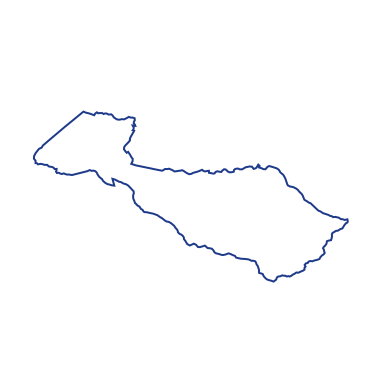 João Lisboa, Maranhão, Brazil, rotated 55°
{"feature_id": "56859067B36370220968900", "entity_name": "João Lisboa", "entity_type": "district", "adm_level": 2, "iso_a3": "BRA", "parent_name": "Brazil", "parent_adm1": "Maranhão", "projection": "mercator", "projection_center": [-47.137, -5.24], "detail": "fine", "context": "isolated", "style": "outline", "palette": "blue", "viewbox_px": 384, "rotation_deg": 55, "n_neighbors": 0, "source": "geoboundaries", "source_scale": "gbopen_adm2", "svg_char_len": 4551}
<svg xmlns="http://www.w3.org/2000/svg" viewBox="0 0 384 384"><g transform="rotate(55 192 192)"><path d="M198.7,147.8L198.0,149.1L197.2,150.1L195.6,151.0L194.2,151.1L192.9,151.5L191.8,152.6L191.8,154.7L192.4,156.5L190.9,158.1L189.5,159.5L189.1,161.2L189.7,162.8L189.2,164.0L188.0,165.1L186.0,167.1L184.3,166.0L183.5,167.4L182.8,169.3L181.4,170.5L179.6,171.0L178.9,174.4L178.1,177.0L177.6,178.3L176.9,180.3L176.8,181.9L175.9,184.0L174.4,184.9L173.0,185.6L171.5,186.2L169.8,186.8L168.4,187.7L168.0,189.0L167.1,190.6L166.3,192.3L165.2,194.5L163.3,195.3L161.4,196.4L159.7,197.5L159.2,198.9L157.7,200.8L157.7,202.7L157.4,204.3L151.8,209.7L149.5,211.8L147.4,213.8L137.9,222.8L134.1,225.6L132.7,223.0L130.7,221.5L129.3,221.7L126.2,221.4L122.5,221.3L122.4,223.0L120.8,223.2L118.0,223.2L116.5,222.0L115.7,220.2L114.9,216.0L114.2,213.3L112.7,212.3L111.6,210.4L110.2,207.5L109.5,205.9L108.7,204.3L107.4,205.1L107.0,203.8L105.7,202.7L103.5,202.5L105.3,200.5L103.7,200.1L102.4,200.4L101.1,199.2L100.4,197.7L98.7,196.7L96.9,198.0L96.1,199.3L94.2,200.8L94.0,203.5L93.5,206.1L92.1,207.6L91.5,209.2L90.8,210.5L89.1,212.1L86.1,213.2L83.4,213.2L82.1,213.6L80.7,215.9L78.6,217.0L77.7,218.4L77.4,219.7L75.8,220.3L74.4,222.3L73.7,223.7L72.2,224.2L72.2,226.1L73.0,228.1L71.7,229.0L69.4,230.6L68.4,231.4L65.9,233.6L63.9,234.8L65.7,258.7L67.7,280.6L68.2,285.4L68.4,287.6L69.4,289.6L68.9,292.6L69.8,295.7L70.6,298.1L71.3,299.4L72.2,301.0L74.1,302.4L76.6,302.2L78.6,303.6L79.4,302.6L81.0,302.3L82.1,299.9L83.7,298.3L85.1,297.3L86.8,295.0L88.8,294.7L90.2,293.4L91.2,292.3L92.6,291.5L94.5,291.3L95.4,289.7L96.5,290.5L97.3,291.7L98.9,291.8L99.7,290.2L101.4,289.3L102.6,288.3L103.2,286.4L105.2,285.1L106.4,284.0L107.0,282.8L108.3,281.6L109.3,280.5L114.9,265.8L115.4,263.2L117.1,262.1L118.0,260.4L119.4,259.3L121.2,258.9L123.7,259.3L126.3,259.3L128.3,258.8L129.8,258.3L131.8,258.5L134.2,258.0L135.9,257.3L137.1,256.7L138.8,255.1L140.5,253.9L142.2,252.0L135.6,249.6L137.6,248.0L139.9,246.8L141.8,245.8L143.3,244.4L145.6,243.4L147.5,241.8L148.8,241.1L150.4,240.5L153.7,240.0L155.5,239.8L157.9,239.4L159.7,240.4L160.4,241.5L161.7,242.7L163.8,243.9L166.7,244.5L168.4,245.0L169.9,244.6L171.8,244.4L173.9,243.4L175.3,243.5L176.6,243.5L178.4,242.7L180.4,242.9L181.6,242.1L182.4,240.9L184.5,239.0L186.1,237.5L188.1,235.7L189.3,235.0L191.0,233.7L193.9,232.7L196.4,231.5L198.3,231.0L199.9,230.5L201.7,229.7L203.0,228.3L204.7,227.4L206.0,226.9L209.5,226.0L211.6,226.1L213.6,225.9L215.1,225.8L217.1,226.6L219.1,226.2L221.0,225.1L222.7,224.7L224.3,224.7L226.0,225.6L228.7,225.5L231.7,225.8L233.1,225.2L234.6,224.4L235.0,222.2L235.4,220.1L237.7,218.9L240.4,218.7L241.6,217.3L242.6,214.5L243.3,212.2L245.5,211.7L246.8,211.4L248.1,209.9L249.8,208.3L251.9,207.9L254.3,208.2L256.1,207.4L258.7,205.1L259.8,204.4L261.3,203.0L262.2,201.0L262.8,199.1L263.2,197.3L264.9,196.0L266.6,195.1L268.9,193.5L271.0,193.5L272.2,192.5L273.3,191.5L274.5,190.4L275.9,188.7L277.4,186.8L279.7,184.3L281.1,183.4L282.4,182.8L283.5,181.2L285.1,179.9L286.7,180.1L288.2,180.6L290.4,180.6L293.0,181.4L294.5,181.9L295.7,182.9L296.9,183.4L298.0,182.4L299.7,181.1L301.6,181.5L302.9,181.5L304.5,181.3L306.5,180.8L308.2,179.6L310.1,178.0L312.2,176.5L312.1,174.6L312.0,173.2L310.7,171.5L310.7,169.8L311.7,168.0L312.0,165.9L313.2,164.9L314.3,163.4L315.6,162.8L316.2,161.3L317.3,160.4L317.6,158.8L317.5,156.8L317.8,155.1L317.8,152.7L319.1,151.2L319.7,147.9L320.1,146.2L320.1,144.4L318.6,143.3L318.3,141.8L316.4,141.6L315.8,139.8L316.5,137.9L315.9,136.5L316.3,134.8L317.8,133.1L318.3,131.0L319.2,128.9L320.0,126.1L319.0,124.1L318.5,121.9L318.6,119.9L318.0,118.2L316.2,117.7L315.0,117.1L313.2,116.9L312.6,115.8L312.3,113.8L311.6,111.7L309.7,109.6L310.2,107.9L311.2,105.7L310.0,104.2L308.6,102.7L307.0,101.8L306.2,100.6L306.4,96.4L307.3,94.8L307.5,91.7L308.1,89.7L306.6,86.3L305.9,83.8L306.1,82.3L305.4,81.2L303.5,80.4L302.5,82.9L300.6,84.3L299.8,85.5L297.2,86.5L294.5,89.0L293.5,90.9L292.1,91.3L290.7,92.6L289.0,93.4L284.5,96.8L281.4,98.0L279.7,99.2L269.3,101.3L268.0,102.2L265.2,103.3L262.9,104.4L260.6,103.9L258.7,103.4L256.6,103.3L252.9,104.0L251.3,104.0L249.2,104.6L246.8,105.8L245.3,106.9L243.9,108.4L241.5,109.7L240.2,109.5L234.8,107.9L232.9,107.6L230.3,107.4L226.6,108.4L224.0,108.1L222.1,108.6L220.7,109.4L217.0,112.2L215.0,113.9L214.7,115.7L215.5,118.8L214.1,120.5L212.7,121.2L210.4,123.0L209.5,121.7L207.6,122.0L208.9,124.9L209.1,126.3L208.4,128.3L205.7,128.3L204.0,130.4L202.5,134.0L202.2,137.9L200.8,139.9L199.2,140.8L197.9,143.3L198.1,145.0L199.3,146.2L198.7,147.8Z" fill="none" stroke="#1e3a8a" stroke-width="2"/></g></svg>